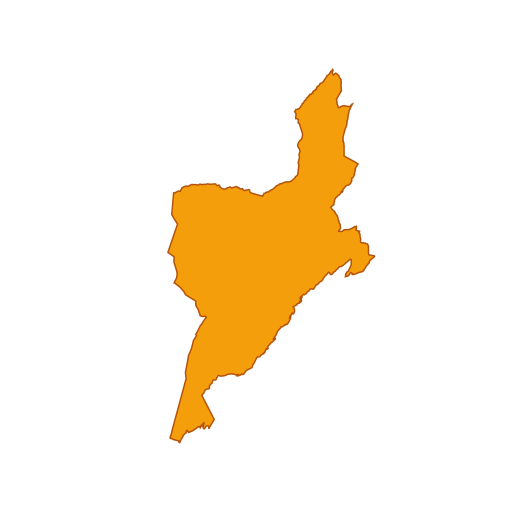 outline of Samburu North, Rift Valley, Kenya, rotated 210°
{"feature_id": "3690345B53062225546696", "entity_name": "Samburu North", "entity_type": "district", "adm_level": 2, "iso_a3": "KEN", "parent_name": "Kenya", "parent_adm1": "Rift Valley", "projection": "equal_earth", "projection_center": [36.739, 1.705], "detail": "fine", "context": "isolated", "style": "filled", "palette": "amber", "viewbox_px": 512, "rotation_deg": 210, "n_neighbors": 0, "source": "geoboundaries", "source_scale": "gbopen_adm2", "svg_char_len": 6119}
<svg xmlns="http://www.w3.org/2000/svg" viewBox="0 0 512 512"><g transform="rotate(210 256 256)"><path d="M211.7,84.9L210.6,82.7L210.5,93.6L233.2,108.2L232.7,111.9L233.0,114.4L232.8,115.0L231.6,116.6L230.4,117.4L230.1,118.0L231.0,119.3L231.3,120.7L231.2,122.3L230.5,123.5L231.0,125.9L230.8,127.5L229.4,128.1L228.8,129.0L229.2,132.7L228.9,133.6L226.4,134.4L225.3,135.1L223.3,136.7L221.1,139.6L219.2,141.1L217.0,142.3L214.1,143.0L212.4,144.1L212.6,142.7L212.0,142.9L210.3,144.7L209.4,146.6L208.4,146.6L208.1,146.8L207.5,148.0L207.3,151.1L206.7,152.8L203.8,157.1L203.8,158.2L204.3,160.0L204.1,162.8L204.6,168.6L202.3,170.9L202.2,172.3L201.4,174.3L201.1,175.1L200.7,174.9L200.4,175.2L200.6,176.6L200.2,177.0L200.2,177.5L200.6,178.6L200.6,181.9L200.2,181.0L199.9,180.9L199.5,181.1L199.3,182.0L200.3,182.9L200.5,183.9L199.5,188.4L198.5,190.6L197.8,193.5L197.9,194.2L198.2,194.4L198.7,194.1L199.2,192.6L199.5,192.7L199.2,197.7L199.6,201.6L199.5,203.0L198.8,205.7L199.0,206.9L197.9,207.7L197.2,209.5L196.6,210.1L196.5,211.0L195.8,211.2L195.7,212.0L194.8,212.7L194.7,213.4L194.7,216.9L195.0,219.5L195.4,220.4L196.1,219.4L196.5,220.8L195.9,223.2L196.4,224.1L196.0,224.8L195.0,224.4L194.6,224.7L194.8,226.7L195.2,227.8L196.4,229.4L198.3,230.6L196.8,233.4L196.1,234.1L196.5,234.6L196.1,235.8L194.9,236.9L195.5,238.6L195.4,239.3L194.3,238.5L194.1,239.1L194.3,240.2L195.3,241.2L195.5,243.1L196.1,242.7L196.5,241.3L196.8,241.3L197.0,242.9L196.0,244.9L195.7,246.6L194.8,246.6L193.7,248.7L193.5,250.9L192.5,252.6L192.7,253.7L192.6,254.3L191.8,255.3L189.6,255.9L189.4,261.2L188.5,262.1L187.8,265.2L186.5,267.7L186.3,272.7L185.4,275.6L185.1,278.2L183.7,278.2L182.3,277.3L181.8,277.3L181.1,278.2L180.4,281.4L179.7,282.6L179.5,284.5L178.8,286.2L178.4,288.5L177.3,289.2L176.0,291.2L173.1,299.7L172.5,300.3L171.7,300.4L169.1,295.9L168.5,289.2L169.1,288.1L169.3,285.3L168.2,282.8L166.0,285.1L165.7,289.0L164.0,289.1L163.5,289.0L163.4,288.1L162.9,288.3L161.5,289.5L158.2,293.6L156.4,295.3L155.7,296.4L155.5,297.6L155.4,303.0L154.9,304.2L155.0,305.2L154.6,306.6L155.2,308.8L153.1,314.8L153.4,315.2L153.8,315.3L158.2,313.6L159.0,313.6L159.9,314.5L162.8,319.6L163.9,321.0L165.4,322.1L166.7,321.7L167.6,321.9L168.9,321.0L169.9,321.1L171.0,320.1L172.1,320.2L172.9,321.0L173.8,323.1L175.2,324.4L177.2,327.2L178.6,327.6L178.7,329.3L180.5,328.5L181.2,328.7L182.3,328.3L182.6,328.7L182.9,330.0L183.6,331.6L183.9,331.9L184.6,330.8L185.3,330.8L185.8,329.4L188.4,325.6L192.8,322.8L193.5,320.8L194.3,319.9L196.8,318.8L197.1,319.8L196.7,321.4L196.7,322.4L199.1,325.6L200.9,326.5L201.9,328.0L203.0,328.5L204.6,330.5L206.3,331.8L208.2,332.4L210.0,333.7L213.6,334.5L215.5,335.7L215.4,336.8L214.3,339.1L214.4,339.9L215.2,340.9L215.2,342.3L215.8,343.3L216.1,345.0L216.0,346.4L215.4,347.9L215.3,349.2L214.5,350.4L214.0,353.2L213.2,354.6L213.2,355.2L214.2,354.7L213.8,356.4L213.9,357.2L213.1,362.0L211.2,363.9L210.5,365.6L210.4,366.8L210.7,367.8L210.6,369.2L211.6,370.3L211.9,371.1L211.3,372.4L211.2,373.4L211.7,376.6L212.4,377.4L212.6,379.0L213.8,381.9L213.8,384.5L213.6,386.7L216.9,386.9L229.7,386.6L235.1,395.9L235.7,396.4L236.6,398.1L238.0,398.6L238.0,399.3L238.8,400.2L240.3,403.0L242.2,410.2L243.0,414.9L244.7,418.9L245.2,421.0L246.5,423.6L247.0,425.6L248.0,428.4L248.1,430.7L248.4,431.9L248.5,435.9L248.8,435.5L249.4,432.4L251.5,431.3L254.7,430.3L256.0,429.5L257.6,426.9L258.7,425.7L259.8,426.2L260.2,427.3L261.7,428.0L263.4,430.6L264.9,432.2L264.7,433.0L264.6,441.9L265.5,442.6L266.5,444.6L267.4,445.6L268.5,448.1L270.6,451.3L273.5,452.6L274.6,453.7L278.3,454.2L278.9,453.2L279.1,451.8L279.5,451.5L281.7,452.8L282.0,455.0L282.8,456.0L282.9,456.7L282.9,454.6L283.5,453.4L283.6,449.7L284.7,447.3L284.5,446.3L284.9,441.6L284.7,441.2L285.6,438.7L286.7,437.4L286.6,435.5L286.9,434.5L287.7,433.6L287.3,433.0L287.6,432.4L287.5,431.8L287.0,430.9L287.2,430.4L287.9,430.0L287.5,429.3L288.6,427.8L288.9,425.9L288.8,425.5L288.4,425.5L289.0,424.3L288.9,423.8L289.1,423.4L290.1,423.1L290.3,421.8L290.0,421.4L290.4,421.0L290.7,419.0L291.1,418.2L290.9,416.0L291.7,414.6L291.4,413.0L291.6,411.7L292.2,411.2L291.8,409.9L292.2,405.8L293.9,403.1L294.6,402.9L294.8,401.9L294.5,401.0L294.7,400.3L293.1,399.7L292.5,399.1L291.6,397.7L291.2,396.2L290.2,394.8L288.9,395.5L287.3,395.3L286.4,392.8L285.7,392.2L285.0,392.3L284.0,391.9L283.1,390.8L277.2,385.6L276.3,384.3L275.3,381.6L275.0,380.0L275.8,377.4L275.9,375.4L275.5,373.0L274.1,371.4L271.9,370.5L270.0,368.4L269.7,365.7L267.5,362.8L266.1,357.7L264.5,356.6L260.7,347.7L260.6,346.3L261.5,344.2L261.5,342.3L262.6,339.2L264.0,337.0L267.5,334.8L269.0,333.0L269.8,331.6L271.6,330.2L271.9,329.0L273.6,326.7L273.8,325.2L275.1,321.7L276.3,320.3L277.2,317.7L279.0,316.5L279.5,314.9L280.3,314.3L280.3,311.0L292.0,308.1L293.4,308.5L294.5,309.8L295.4,310.0L298.8,306.8L300.0,306.8L301.3,307.5L303.2,306.2L304.9,306.5L306.0,306.1L307.0,306.5L307.8,306.3L310.9,302.9L313.1,302.8L313.9,301.6L315.2,300.4L315.5,299.0L317.6,297.8L319.3,297.4L322.2,297.9L323.0,298.9L323.7,298.8L324.3,298.0L325.2,297.5L326.0,297.6L326.8,298.2L327.8,297.8L331.3,295.3L334.1,294.2L335.5,292.8L337.2,291.9L338.3,290.9L340.5,290.2L341.6,288.5L344.2,287.5L347.6,285.6L349.8,282.3L352.0,281.3L354.0,278.4L354.2,277.8L354.0,276.6L354.0,274.1L355.5,273.7L358.2,269.6L358.9,269.5L349.7,249.8L346.4,247.8L339.9,244.4L334.1,215.1L326.6,214.4L324.1,209.8L317.0,203.2L315.2,200.9L313.9,197.7L313.4,191.7L312.7,191.9L306.3,191.0L300.9,189.2L297.6,187.2L285.8,186.8L285.3,186.4L283.3,183.0L279.4,180.8L274.4,176.4L272.3,176.7L269.9,178.4L268.4,178.2L268.9,174.4L269.0,169.7L269.4,168.0L268.9,161.9L268.9,157.8L268.1,157.7L267.6,157.0L267.9,151.6L265.7,144.0L264.5,135.2L264.0,134.5L258.9,119.9L255.2,114.9L241.6,63.5L240.7,60.8L239.5,55.5L238.6,55.3L237.6,55.8L235.9,55.7L230.4,57.3L230.0,56.4L228.8,56.2L229.1,59.8L229.0,62.5L229.3,64.5L228.2,68.0L228.6,69.3L228.5,70.5L228.0,70.6L226.5,69.5L226.0,69.6L223.3,73.2L221.6,76.8L220.9,79.0L219.6,79.5L219.2,80.7L218.4,79.6L218.3,82.5L217.9,85.1L217.4,86.1L217.4,82.3L216.7,82.9L216.1,81.0L215.2,80.4L214.5,80.3L214.3,80.7L214.2,83.0L213.8,84.2L213.3,84.6L211.7,84.9Z" fill="#f59e0b" stroke="#b45309" stroke-width="1.5"/></g></svg>